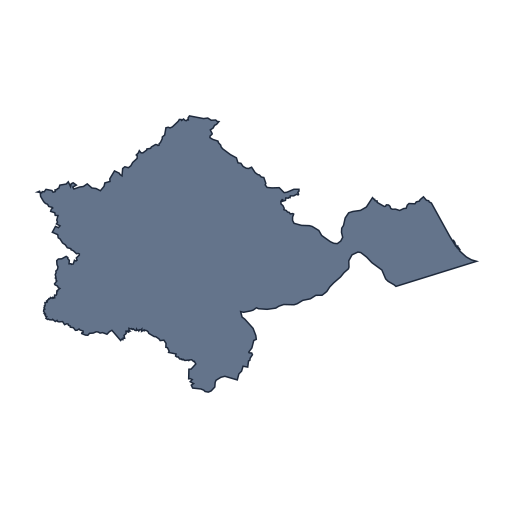 outline of Arboletes, Antioquia, Colombia, rotated 92°
{"feature_id": "7082276B51622711378413", "entity_name": "Arboletes", "entity_type": "district", "adm_level": 2, "iso_a3": "COL", "parent_name": "Colombia", "parent_adm1": "Antioquia", "projection": "natural_earth1", "projection_center": [-76.373, 8.653], "detail": "fine", "context": "isolated", "style": "filled", "palette": "slate", "viewbox_px": 512, "rotation_deg": 92, "n_neighbors": 0, "source": "geoboundaries", "source_scale": "gbopen_adm2", "svg_char_len": 6113}
<svg xmlns="http://www.w3.org/2000/svg" viewBox="0 0 512 512"><g transform="rotate(92 256 256)"><path d="M123.0,297.8L122.9,299.4L121.5,301.0L121.9,305.5L119.8,309.0L120.5,313.2L118.3,327.4L120.4,328.7L122.3,328.4L122.2,329.4L123.2,330.3L123.0,331.6L121.6,333.2L123.1,335.1L122.2,335.6L122.2,337.4L124.1,338.4L129.9,344.1L131.0,346.4L130.4,348.2L131.0,350.5L138.3,351.5L140.3,353.8L142.1,353.8L146.0,355.5L147.1,356.7L148.7,356.8L149.0,357.9L148.2,358.9L148.1,360.3L150.7,364.4L152.1,365.1L152.8,368.8L153.9,368.9L156.9,372.7L156.9,374.5L154.8,376.3L157.1,377.2L159.2,379.2L159.9,378.2L162.6,378.2L166.8,382.5L170.2,384.2L172.2,386.6L171.4,390.2L173.2,392.3L180.6,392.7L179.2,394.9L178.1,395.4L175.9,400.4L183.9,404.8L186.6,404.5L188.2,409.6L191.7,410.3L196.2,413.8L194.1,418.3L193.8,422.3L189.8,427.2L192.6,431.0L193.2,434.6L195.4,440.3L193.5,441.5L191.4,438.0L189.2,441.3L190.3,443.3L193.1,443.8L188.4,446.2L190.7,448.2L192.0,454.5L195.3,455.5L195.6,456.8L196.6,457.3L197.0,459.2L198.6,458.8L199.4,461.0L197.7,462.2L196.7,468.2L199.2,469.9L199.1,471.8L200.4,472.4L199.7,474.3L198.8,474.6L199.7,476.6L200.0,473.9L204.1,473.3L209.2,470.0L210.8,468.3L211.6,466.1L213.7,464.9L214.5,461.4L215.1,460.8L216.4,462.2L218.6,462.8L219.8,458.6L222.4,458.1L222.5,455.3L227.1,456.4L229.1,455.5L230.9,456.6L232.7,452.9L234.6,454.5L233.4,457.4L239.4,460.4L241.6,454.9L244.7,454.3L245.8,452.4L249.7,449.8L251.5,446.9L254.3,444.9L255.1,441.3L256.2,441.1L257.1,438.7L260.0,435.5L259.6,433.8L260.1,432.6L261.3,432.6L264.2,435.5L266.4,434.7L267.3,435.8L266.6,437.3L270.3,438.3L270.8,440.1L270.2,440.6L270.3,442.6L266.9,442.4L265.1,444.1L264.1,444.0L263.0,445.7L265.6,450.1L265.9,453.4L267.6,455.0L271.6,454.6L273.8,453.5L276.5,454.0L278.0,455.5L279.7,455.2L281.6,456.0L284.3,455.2L285.0,455.8L285.7,454.9L287.1,455.0L287.9,454.2L290.9,456.4L291.8,455.9L293.0,453.3L294.6,452.5L295.3,450.9L297.6,453.6L298.0,453.2L298.5,453.8L301.4,453.9L302.1,454.3L302.1,455.9L304.2,455.9L304.5,457.0L304.9,456.2L305.4,457.6L304.5,458.0L305.4,459.4L304.8,460.0L305.5,460.2L305.8,461.5L306.5,461.4L307.2,462.7L308.6,463.0L308.4,463.6L309.6,463.4L309.9,465.3L312.6,465.0L313.3,465.8L313.9,465.4L315.2,466.1L316.4,465.2L316.8,466.1L318.6,466.4L320.7,465.0L321.0,465.5L321.5,464.4L322.0,464.9L323.5,464.2L323.8,463.0L325.6,463.8L326.7,462.1L326.3,461.4L326.9,460.2L327.0,457.4L326.4,457.0L328.5,454.3L327.3,452.6L328.3,452.1L328.7,450.6L328.3,447.0L331.3,444.9L330.3,442.8L330.7,441.2L331.8,441.0L332.4,439.3L333.6,439.1L334.0,436.0L336.6,433.9L336.4,432.1L335.1,430.3L336.1,429.4L337.0,426.2L338.3,426.1L338.9,427.4L339.6,427.5L341.0,423.7L341.1,421.3L339.1,419.7L338.7,415.9L337.3,413.1L337.5,411.0L338.5,409.2L337.9,406.7L339.4,402.2L336.7,399.8L335.3,397.4L345.2,388.3L343.9,387.5L344.3,386.1L342.7,385.9L342.8,384.4L339.9,385.1L338.1,383.1L335.8,383.3L336.7,380.0L335.5,381.3L335.4,379.3L334.3,380.4L332.7,380.5L333.4,378.2L332.9,377.7L333.7,376.8L333.1,376.1L334.6,374.3L334.7,373.2L333.3,372.8L334.4,372.3L334.1,371.2L335.1,370.5L333.7,369.7L333.9,368.5L333.0,367.6L335.3,367.7L333.8,365.3L334.6,365.0L334.1,364.3L334.4,362.7L335.3,361.3L337.1,360.4L340.1,354.9L340.1,353.4L342.2,350.1L343.9,348.8L343.3,345.1L346.4,342.9L350.4,342.9L350.7,341.3L354.1,339.5L355.4,340.0L356.7,332.5L358.8,332.9L359.7,331.4L359.6,330.2L361.6,328.7L361.5,327.3L362.0,327.0L361.6,326.5L362.4,325.4L361.9,324.9L362.9,323.5L362.4,320.0L362.9,319.5L362.2,318.8L361.9,316.7L363.6,314.7L363.4,314.0L366.0,312.4L371.3,316.9L371.5,319.1L381.1,319.0L380.9,317.4L381.7,315.4L383.9,317.4L385.7,313.9L387.3,316.2L390.2,314.7L390.8,306.5L391.9,303.5L393.2,302.2L393.7,298.9L392.4,296.1L388.4,292.6L383.7,292.4L381.6,291.6L378.4,286.8L377.3,282.9L380.5,270.4L374.4,269.0L371.6,266.4L366.6,265.1L367.3,260.4L361.1,259.8L360.5,258.5L358.3,258.3L354.8,256.1L353.1,256.9L353.0,259.5L352.3,259.9L348.0,256.9L340.5,255.3L339.3,252.8L335.5,253.4L328.4,256.4L319.5,265.0L317.5,267.8L312.1,269.4L312.7,266.5L311.1,259.6L310.2,257.0L307.7,253.7L308.6,251.7L308.9,243.0L307.4,234.4L305.4,231.5L303.5,226.6L303.4,216.3L302.3,213.2L298.7,207.7L296.9,200.2L293.2,194.8L292.9,188.6L289.0,184.0L284.3,181.2L280.1,177.4L274.0,170.8L269.5,167.4L265.6,163.2L263.8,162.7L257.5,163.1L251.5,160.1L248.5,154.3L248.9,151.4L253.3,145.3L258.6,140.0L265.6,129.7L274.4,125.6L276.7,123.1L280.0,116.9L281.5,115.1L253.6,35.4L252.3,40.6L249.6,45.8L243.7,52.8L242.6,53.0L242.5,52.5L241.8,53.0L242.3,53.3L241.9,54.1L241.1,54.0L241.2,53.5L240.5,54.0L241.1,54.3L240.7,55.4L239.8,55.4L239.8,54.6L239.1,55.2L239.6,56.1L239.2,56.6L238.9,56.0L238.8,56.9L237.9,56.9L238.0,57.4L236.4,58.5L236.2,57.5L235.4,57.9L235.9,58.7L235.0,59.4L234.7,58.3L234.0,58.8L234.6,59.0L234.4,59.8L233.8,60.1L233.5,59.2L233.6,60.4L229.7,63.0L196.9,82.6L196.0,84.7L194.7,85.4L194.4,87.6L191.0,90.7L194.0,94.0L195.4,94.6L196.3,97.7L198.3,99.0L198.2,104.9L199.9,106.6L203.1,107.6L203.4,110.0L205.5,114.0L204.3,118.1L204.5,121.3L203.8,123.0L201.7,123.8L200.4,125.3L200.3,127.5L201.8,128.3L202.0,129.6L198.2,136.8L196.8,136.8L196.6,138.9L195.2,139.4L195.3,140.0L193.6,141.6L203.2,147.4L206.8,153.2L208.1,160.7L209.6,164.9L214.9,168.2L222.4,169.6L225.2,171.3L229.3,171.4L234.3,170.0L238.1,171.8L240.8,175.2L240.6,178.7L239.1,182.2L233.2,191.1L228.3,194.1L224.5,200.9L223.8,203.8L223.8,211.6L222.0,219.1L219.2,220.7L215.8,220.8L212.8,219.8L212.3,220.7L212.7,223.2L211.2,224.4L211.0,226.0L209.5,227.3L208.7,229.8L207.3,229.5L204.8,230.8L203.1,232.8L200.6,233.1L198.7,231.8L199.0,231.2L200.5,231.8L199.4,228.5L196.9,228.2L197.1,225.8L196.4,225.2L196.5,224.0L194.7,223.8L194.6,220.4L192.9,217.6L193.5,216.1L192.9,215.6L190.9,216.4L189.7,215.3L187.8,215.4L188.0,220.5L191.2,227.3L191.7,230.1L186.9,235.2L187.4,242.3L187.1,247.3L184.6,249.3L183.1,248.7L177.3,250.9L176.9,253.5L174.9,255.4L174.6,257.0L172.7,259.8L167.4,263.5L168.8,266.5L168.6,268.9L166.9,272.1L163.9,274.3L163.5,277.3L158.6,279.0L155.5,285.2L150.0,293.1L148.0,294.8L146.5,295.1L144.1,297.5L142.5,298.0L141.0,303.2L139.3,306.2L137.7,306.1L135.9,304.2L135.1,304.1L131.6,306.1L129.6,303.3L126.9,302.0L125.8,300.0L123.0,297.8Z" fill="#64748b" stroke="#1e293b" stroke-width="1.5"/></g></svg>